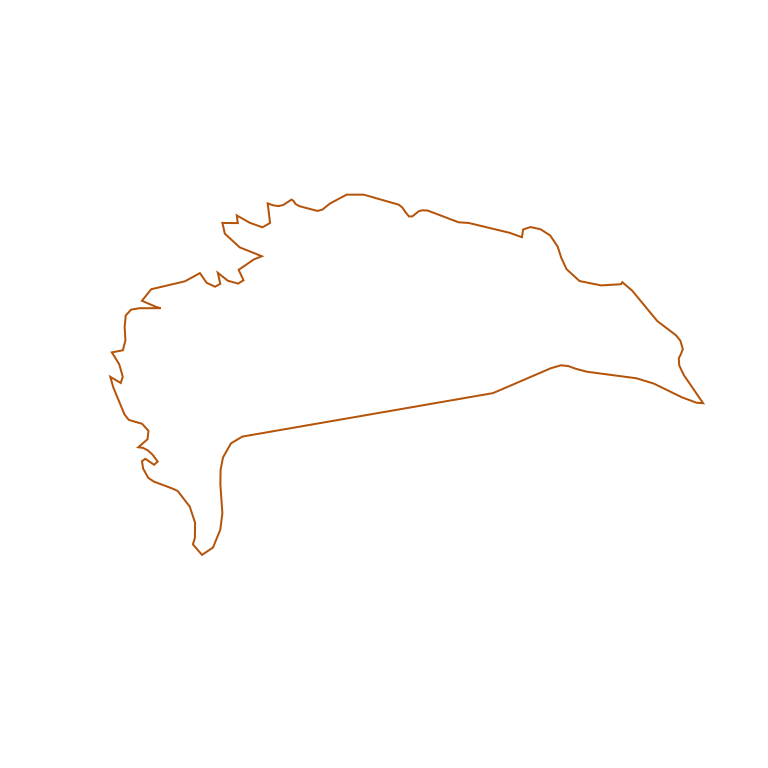 Camarines Norte, Equal Earth projection, rotated 318°
{"feature_id": "PHL-2537", "entity_name": "Camarines Norte", "entity_type": "Province", "adm_level": 1, "iso_a3": "PHL", "parent_name": "Philippines", "parent_adm1": "", "projection": "equal_earth", "projection_center": [122.685, 14.086], "detail": "fine", "context": "isolated", "style": "outline", "palette": "amber", "viewbox_px": 768, "rotation_deg": 318, "n_neighbors": 0, "source": "natural_earth", "source_scale": "10m", "svg_char_len": 1666}
<svg xmlns="http://www.w3.org/2000/svg" viewBox="0 0 768 768"><g transform="rotate(318 384 384)"><path d="M134.7,375.3L140.3,372.0L150.8,360.7L157.6,345.1L159.1,325.4L156.7,319.9L147.7,302.6L146.0,296.0L148.4,285.7L152.5,279.4L156.6,279.9L159.1,290.2L163.9,290.2L164.7,281.9L164.1,275.4L162.2,270.3L159.1,266.6L171.3,266.8L177.6,261.3L177.6,251.7L170.3,239.9L170.8,232.9L180.5,205.5L185.4,195.5L189.0,207.1L194.8,203.7L200.5,192.0L202.9,178.4L212.5,184.2L221.1,178.5L229.3,168.2L238.0,160.2L245.8,159.5L253.1,164.1L268.9,178.4L266.1,174.0L259.8,160.2L274.4,157.8L304.8,174.5L321.4,178.4L319.9,190.1L323.6,198.7L329.4,200.0L334.9,190.1L337.0,202.7L342.8,211.8L349.0,212.9L352.4,201.9L370.5,204.3L378.7,207.3L368.2,185.9L366.3,165.8L371.7,156.2L383.0,166.6L387.4,160.2L392.1,174.3L398.5,186.2L407.1,188.1L418.4,172.0L421.5,177.5L424.8,181.3L428.8,183.5L438.7,185.1L439.3,187.5L438.7,191.1L440.3,195.5L450.3,210.8L455.0,213.2L464.5,213.7L482.8,218.2L495.6,229.7L515.0,260.7L515.7,265.2L514.9,271.1L514.7,276.2L517.2,278.4L525.5,278.9L528.8,280.6L532.5,284.3L547.6,313.7L554.7,321.0L578.6,355.8L584.7,367.2L590.8,362.3L597.8,365.3L603.9,373.8L606.9,384.8L605.0,398.1L600.2,408.8L596.5,420.8L598.2,438.3L611.3,456.0L627.0,468.5L629.2,467.8L630.9,480.5L629.2,520.2L633.6,543.3L633.2,550.1L629.5,557.9L625.0,560.3L620.3,562.1L615.8,567.8L612.8,577.9L608.3,611.8L603.7,607.0L596.6,593.5L584.7,564.1L575.3,548.5L543.1,510.8L536.8,501.2L533.0,494.0L528.0,488.5L518.5,483.9L458.9,463.7L243.6,328.3L230.6,325.7L215.3,330.8L205.3,338.3L195.3,349.0L177.5,371.8L164.9,382.7L147.5,391.1L134.4,389.2L134.7,375.4L134.7,375.3Z" fill="none" stroke="#b45309" stroke-width="2"/></g></svg>